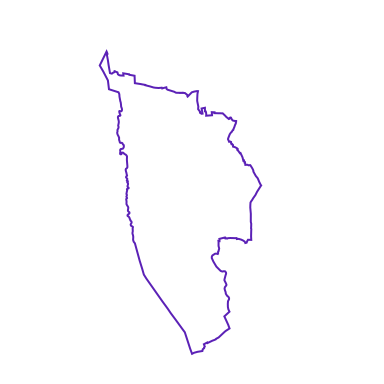 outline of Vicovu De Sus, Suceava, Romania, rotated 256°
{"feature_id": "2599482B73832637769568", "entity_name": "Vicovu De Sus", "entity_type": "district", "adm_level": 2, "iso_a3": "ROU", "parent_name": "Romania", "parent_adm1": "Suceava", "projection": "robinson", "projection_center": [25.674, 47.922], "detail": "fine", "context": "isolated", "style": "outline", "palette": "violet", "viewbox_px": 384, "rotation_deg": 256, "n_neighbors": 0, "source": "geoboundaries", "source_scale": "gbopen_adm2", "svg_char_len": 6058}
<svg xmlns="http://www.w3.org/2000/svg" viewBox="0 0 384 384"><g transform="rotate(256 192 192)"><path d="M131.2,237.9L134.7,238.6L139.8,240.0L141.8,240.6L142.4,240.5L144.0,241.0L146.9,241.8L148.2,241.8L149.1,241.9L156.6,243.8L162.9,244.8L165.4,245.5L167.6,246.2L168.6,247.1L169.4,248.1L171.3,250.0L173.7,252.8L176.5,255.2L181.7,260.7L182.4,260.3L183.2,260.2L185.4,259.7L189.4,259.1L192.1,257.8L196.9,256.5L198.0,256.7L199.2,256.5L200.5,256.2L203.6,255.2L204.0,255.0L204.1,254.7L204.1,253.7L204.2,253.4L204.9,252.5L205.1,252.1L205.4,250.3L207.9,250.6L207.9,250.1L210.0,250.1L209.9,249.4L213.4,249.4L218.1,248.5L218.0,247.9L220.4,247.0L222.0,246.1L222.6,246.8L223.5,246.3L225.0,244.7L226.1,242.8L227.6,243.2L228.9,242.5L228.8,241.9L229.7,241.7L231.1,242.0L231.8,241.1L231.7,240.2L234.5,239.7L235.2,240.0L238.9,242.6L240.3,244.2L240.8,245.2L242.0,246.3L242.1,246.9L242.4,247.2L242.7,247.2L244.9,248.9L246.2,249.7L247.3,250.5L247.7,251.0L249.0,251.4L249.2,251.7L250.2,252.0L250.6,250.7L251.4,249.0L252.0,248.6L252.5,248.3L253.7,248.0L254.7,247.8L254.9,247.6L255.0,247.1L254.8,246.7L254.7,246.4L254.2,246.3L254.0,246.1L253.9,245.4L256.6,243.4L258.1,242.6L260.9,240.8L262.5,234.9L263.1,232.8L263.9,233.1L264.7,230.5L261.6,230.0L262.6,224.2L263.8,224.6L266.0,224.9L266.8,224.8L267.1,224.7L267.2,224.1L270.6,224.9L270.7,221.5L265.5,221.2L265.6,220.2L267.0,218.9L268.0,219.2L270.9,218.0L273.4,218.8L277.8,219.0L279.3,219.1L281.8,219.8L285.8,221.0L288.4,222.2L288.7,221.3L288.9,218.5L288.8,216.1L288.5,215.5L285.6,210.8L285.8,210.7L287.4,210.9L289.8,209.0L290.4,206.9L290.6,206.9L290.7,205.7L290.9,204.9L291.0,205.0L292.0,201.1L292.4,200.2L293.5,199.1L297.2,193.0L297.8,192.5L298.2,192.3L299.8,192.4L299.8,191.8L299.8,189.9L299.7,188.2L300.1,188.2L300.5,188.0L301.0,184.7L301.2,184.1L302.0,181.7L302.7,180.0L304.6,176.8L306.9,172.5L307.2,172.6L308.9,168.8L309.0,168.7L311.4,162.9L318.7,164.4L320.9,159.5L321.4,159.5L323.8,154.0L321.5,153.7L322.4,150.7L322.9,149.7L324.1,148.6L326.1,148.6L326.3,148.4L326.5,148.0L326.8,147.6L327.3,146.8L327.9,146.4L328.0,146.1L327.6,145.9L327.1,145.6L326.9,145.1L326.8,144.1L326.3,143.2L326.3,142.9L326.3,142.7L326.7,142.0L327.2,141.2L335.5,141.8L340.5,142.3L345.6,142.6L346.0,143.1L346.4,143.4L347.8,143.3L349.0,143.1L337.1,133.1L330.2,135.1L320.6,137.4L311.8,136.3L306.8,144.4L306.6,144.8L305.0,145.1L304.4,145.1L303.7,145.0L302.1,144.7L298.8,144.5L297.5,144.4L296.3,144.5L294.3,144.3L291.9,143.9L290.3,144.1L289.4,144.1L288.9,144.0L288.1,143.7L287.5,143.1L287.5,142.6L288.1,141.3L288.0,141.0L287.4,140.8L286.0,140.8L283.8,141.1L283.6,141.0L283.4,140.7L283.4,139.9L283.5,139.3L283.4,139.0L283.2,138.6L282.7,138.3L281.9,138.1L278.7,138.1L277.5,137.9L276.5,137.5L274.4,136.5L274.1,136.4L273.4,136.5L272.6,136.4L272.2,136.2L271.5,135.8L271.0,135.3L270.1,134.6L269.1,134.5L267.5,133.7L267.0,133.7L265.8,133.7L263.7,134.2L262.3,134.4L261.8,134.3L261.0,134.0L260.0,133.9L258.9,134.0L257.6,134.0L257.2,134.2L257.0,134.4L256.9,134.7L256.8,135.5L256.6,135.9L256.1,136.3L254.9,136.5L254.4,136.8L254.1,137.1L253.8,137.1L253.0,137.0L251.8,136.5L251.3,136.0L251.0,135.7L250.8,135.4L250.8,135.2L250.8,134.2L250.9,133.3L250.8,133.1L250.5,132.7L249.9,132.4L249.2,132.3L248.7,132.3L248.4,132.2L247.0,131.6L246.3,131.5L246.1,131.6L245.8,132.0L245.8,132.6L246.0,132.8L246.9,133.4L247.0,133.7L247.0,134.4L246.4,135.0L245.3,135.6L244.3,136.7L243.5,137.2L242.5,137.5L242.1,137.5L239.0,136.6L235.4,136.0L232.9,135.6L232.1,135.4L231.5,135.2L231.1,134.8L230.7,134.2L230.5,133.6L230.4,133.5L230.0,133.2L229.5,133.0L227.8,132.9L226.8,133.0L224.9,132.9L223.7,133.0L223.4,132.8L223.1,132.1L222.9,131.9L222.3,131.6L222.0,131.6L220.7,132.3L220.4,132.4L220.0,132.3L219.6,132.0L219.1,131.6L218.9,131.5L218.7,131.5L218.3,131.8L218.1,132.3L217.8,132.3L217.6,131.9L217.4,131.7L217.0,131.5L216.5,131.7L216.2,132.0L215.8,132.0L214.7,131.7L213.3,130.8L212.5,130.9L211.7,131.4L211.2,131.5L210.9,131.3L210.8,130.9L210.9,130.1L210.8,129.9L210.6,129.7L210.3,129.5L209.4,129.5L209.1,129.4L208.0,128.8L206.8,128.3L206.2,128.0L206.0,127.9L205.8,127.9L205.2,128.1L204.7,128.1L203.3,127.2L202.8,127.3L202.1,127.5L201.8,127.5L201.6,127.3L201.4,127.0L201.2,126.6L200.9,126.4L198.7,126.2L196.5,125.6L196.0,125.5L195.5,125.6L192.9,126.4L192.4,126.4L191.9,126.3L189.8,125.4L189.2,125.3L188.8,125.4L188.2,125.7L187.5,126.3L187.0,126.3L186.6,126.2L186.3,125.9L185.6,124.4L185.3,124.0L185.2,123.9L184.6,123.7L184.2,123.8L183.4,124.6L182.5,125.0L181.9,125.1L181.0,125.1L180.2,125.4L179.5,125.3L178.9,125.5L178.2,126.0L177.7,126.1L177.3,126.1L176.8,125.9L176.5,125.7L175.7,124.9L175.4,124.7L175.2,124.6L174.5,124.6L174.2,124.6L174.0,124.8L172.6,126.1L172.3,126.2L171.6,125.9L171.0,125.6L168.5,125.1L167.7,124.8L166.9,124.4L166.1,124.2L165.2,124.2L164.5,124.3L163.1,124.2L161.8,123.9L160.9,123.6L159.9,123.3L159.0,123.3L157.8,123.4L156.0,124.2L138.1,124.6L129.2,125.1L123.5,125.3L119.2,126.7L92.8,136.9L84.7,140.2L79.5,142.1L72.8,144.9L61.7,149.4L57.6,151.1L40.4,152.3L35.0,152.9L35.5,155.1L35.6,158.6L35.2,163.6L36.8,164.4L37.3,165.5L37.6,166.0L38.2,166.1L38.9,167.0L41.4,166.7L42.3,170.4L41.7,170.5L42.8,175.8L43.0,177.8L43.3,179.5L43.7,179.8L44.4,182.6L48.3,189.6L49.0,191.0L50.5,195.4L54.4,195.0L63.5,193.3L66.8,199.4L69.3,198.9L71.7,199.0L74.8,199.7L77.3,200.5L79.0,202.0L80.1,202.3L81.4,202.0L82.9,200.9L85.1,200.2L86.7,200.4L88.7,200.2L90.3,200.2L91.7,200.9L93.1,202.7L93.9,203.0L95.8,202.7L98.4,202.1L99.4,202.4L103.2,204.5L104.4,205.3L105.6,205.5L106.9,205.0L107.4,203.9L107.5,202.2L108.5,200.7L113.7,197.6L119.4,195.9L123.2,195.2L124.7,195.7L125.5,196.5L126.5,199.3L126.4,200.5L125.6,202.0L126.2,202.5L127.6,202.8L127.9,203.2L128.5,203.7L128.9,203.7L129.8,204.3L130.6,204.7L133.2,204.7L137.2,205.7L138.1,205.8L137.7,206.8L138.9,207.1L139.9,207.2L139.9,212.7L139.5,212.6L139.3,213.4L138.8,213.3L138.3,215.1L138.5,215.5L138.5,216.0L138.4,216.3L138.1,218.0L136.7,223.0L136.5,224.1L135.5,224.1L135.2,226.0L133.9,228.2L132.7,229.7L131.5,230.8L131.1,231.1L130.5,231.3L129.6,231.4L129.6,232.7L131.0,233.7L132.1,234.8L131.2,237.9Z" fill="none" stroke="#5b21b6" stroke-width="2"/></g></svg>